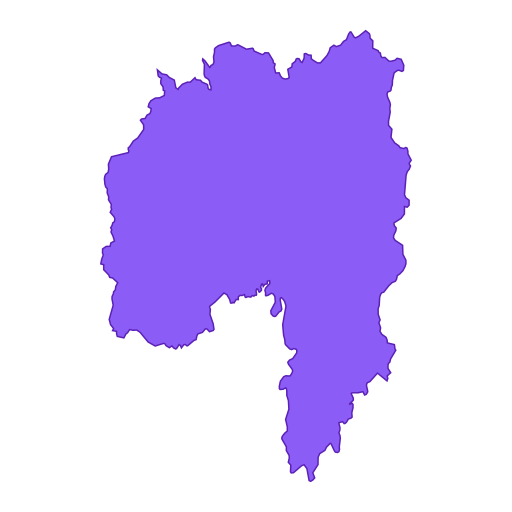 outline of Van Lang, Lạng Sơn, Vietnam
{"feature_id": "81297802B84784766195181", "entity_name": "Van Lang", "entity_type": "district", "adm_level": 2, "iso_a3": "VNM", "parent_name": "Vietnam", "parent_adm1": "Lạng Sơn", "projection": "equal_earth", "projection_center": [106.578, 22.032], "detail": "fine", "context": "isolated", "style": "filled", "palette": "violet", "viewbox_px": 512, "rotation_deg": 0, "n_neighbors": 0, "source": "geoboundaries", "source_scale": "gbopen_adm2", "svg_char_len": 5991}
<svg xmlns="http://www.w3.org/2000/svg" viewBox="0 0 512 512"><path d="M164.8,343.7L166.1,345.7L169.4,347.7L171.9,345.9L173.6,347.9L175.7,349.0L176.6,348.5L179.1,344.6L180.4,345.5L181.4,347.9L183.8,344.7L185.3,344.5L186.8,345.8L187.6,345.8L193.9,340.5L196.1,339.6L196.9,335.8L197.9,333.9L202.4,332.4L205.4,328.9L206.9,328.9L209.5,331.7L213.2,330.5L214.0,329.3L213.2,323.9L209.9,314.2L210.4,309.4L209.5,306.9L209.9,306.1L214.9,302.1L224.0,293.0L227.0,294.8L229.6,299.4L230.6,303.0L232.0,303.1L232.8,302.4L234.0,302.9L236.2,299.5L238.3,299.6L238.3,296.8L240.0,295.4L242.1,295.5L244.4,294.6L245.2,297.1L245.8,297.5L247.9,296.6L250.8,297.1L252.2,295.6L253.9,296.1L255.0,295.2L256.3,295.2L256.6,294.1L256.0,290.7L256.8,288.9L257.7,289.0L259.0,292.0L259.6,292.1L261.4,290.4L261.5,288.8L260.6,287.2L261.6,284.2L262.6,284.0L263.2,286.5L264.6,284.5L267.2,283.8L267.4,281.1L269.6,280.7L269.9,283.3L265.5,288.3L264.9,290.5L265.6,292.7L265.5,295.3L265.9,295.8L268.0,295.3L271.2,293.3L273.3,294.0L274.9,296.6L275.3,302.2L270.8,310.8L271.1,313.8L273.2,316.1L274.7,316.5L275.7,316.2L279.2,311.9L281.0,311.0L281.8,309.1L280.2,299.9L280.3,298.2L281.4,297.6L283.3,299.5L284.7,301.6L286.0,306.0L282.7,324.7L283.6,335.2L284.8,339.7L285.1,343.5L285.5,344.6L289.7,348.9L291.5,349.6L294.0,348.6L296.3,349.4L296.9,350.5L296.6,353.0L292.7,358.6L289.5,360.1L287.8,362.2L288.4,364.1L292.4,369.6L292.6,371.1L292.2,372.6L290.4,375.6L289.5,376.0L285.7,375.8L283.6,376.8L280.4,381.2L279.3,386.3L279.4,388.7L280.1,389.5L283.2,389.2L285.6,387.9L286.3,388.4L286.8,390.7L286.8,395.4L288.4,400.6L288.9,409.1L285.6,419.5L287.3,426.8L287.3,431.0L284.8,433.1L282.5,436.0L281.8,437.7L281.9,439.0L286.4,446.9L286.3,450.5L289.1,455.4L289.3,457.9L288.3,462.3L290.8,465.1L290.5,471.8L291.2,472.9L293.5,472.7L301.5,465.8L304.0,464.7L306.9,468.6L309.1,480.6L310.7,481.3L312.8,480.0L314.7,477.9L312.8,472.8L318.0,464.6L318.1,457.3L319.7,453.6L324.9,450.4L326.5,447.1L330.2,443.3L331.2,444.0L334.4,450.9L335.4,452.1L337.4,452.5L338.9,451.7L339.5,449.3L339.3,446.8L340.3,438.2L340.0,435.6L338.9,432.8L339.8,430.4L340.0,427.8L338.8,422.8L342.5,421.6L344.2,423.6L345.1,423.4L346.4,422.3L348.4,419.0L350.9,418.2L352.1,417.1L351.8,412.7L353.0,407.7L353.0,404.4L352.2,403.4L349.1,404.4L353.3,400.2L353.3,398.1L351.2,393.6L352.1,392.8L358.0,392.8L362.9,391.7L364.6,395.0L366.2,394.4L367.6,392.2L367.7,391.2L366.5,385.6L366.7,383.9L367.4,382.7L369.9,381.6L377.5,373.1L387.0,380.9L387.8,378.4L387.2,375.9L390.7,372.7L388.0,368.4L388.0,365.0L388.5,363.4L389.9,362.0L390.6,358.9L395.8,350.2L395.0,349.0L394.4,344.6L387.4,342.9L387.1,340.0L386.0,337.3L381.8,334.3L380.0,331.3L380.6,327.9L378.9,322.7L380.1,319.9L378.2,314.3L378.1,308.8L379.2,305.4L379.7,297.0L380.9,293.8L381.9,292.7L383.8,292.1L388.9,285.6L392.1,282.6L395.4,281.2L396.5,279.3L397.3,275.6L399.7,274.0L402.9,270.7L405.0,266.7L405.9,263.8L405.9,260.2L402.9,254.3L402.6,245.3L395.2,240.4L393.5,237.8L393.8,235.1L395.8,231.0L396.2,228.5L396.0,227.6L394.5,226.0L393.9,223.6L394.1,222.8L401.1,218.4L404.4,214.0L404.5,206.5L407.2,207.2L409.1,205.2L409.1,200.2L405.9,197.8L404.5,194.8L406.1,175.2L407.3,171.6L409.2,169.2L410.5,166.0L409.2,163.9L409.3,163.1L411.2,160.2L407.9,153.7L407.9,151.1L407.0,148.1L405.8,147.5L403.8,148.5L400.1,147.7L398.8,145.8L394.7,142.9L391.0,137.4L391.9,129.2L388.6,125.4L388.5,121.4L390.2,112.2L389.8,108.2L390.4,104.9L389.9,102.4L387.6,97.2L387.0,93.9L387.8,91.9L390.2,91.1L391.0,90.1L391.3,87.5L392.3,85.0L392.5,80.3L394.0,73.3L394.7,72.4L397.4,70.5L398.8,70.2L401.9,71.4L403.4,70.5L403.8,65.3L401.2,59.3L397.1,58.3L395.1,60.2L390.8,61.3L388.8,61.0L384.9,57.4L382.3,57.6L381.5,57.0L380.9,56.1L380.3,53.0L378.8,52.2L378.2,50.7L372.7,48.2L372.8,40.8L370.1,38.2L369.9,35.2L369.3,33.6L365.7,30.7L358.8,36.2L355.4,37.9L354.0,36.9L351.0,32.0L350.2,31.9L348.7,33.9L346.4,39.7L343.5,41.4L340.6,45.2L336.3,46.6L333.9,45.2L330.2,47.8L329.2,51.4L327.0,55.5L320.4,62.9L317.4,62.9L312.6,59.9L311.3,58.7L311.1,55.2L308.4,55.0L305.9,53.5L304.3,53.8L304.1,58.2L302.1,62.5L301.0,61.9L299.0,58.7L297.1,58.5L296.2,59.0L295.3,61.4L292.2,63.8L291.9,66.9L287.8,69.3L289.2,77.6L288.0,78.5L285.5,79.1L282.4,78.2L280.5,75.9L279.2,72.8L275.7,73.0L274.3,67.6L275.1,64.0L273.3,62.7L273.1,60.5L268.5,52.9L265.0,52.7L263.2,54.4L261.7,54.4L254.2,51.1L253.1,48.6L252.4,48.2L246.5,49.2L237.8,44.7L235.0,46.1L231.5,45.9L230.2,42.9L229.0,42.2L218.5,45.6L215.3,47.9L214.5,49.1L214.5,52.3L213.5,56.7L214.0,62.1L212.9,64.5L211.0,65.4L210.1,67.2L209.7,67.4L205.0,60.9L202.8,58.9L202.5,60.4L204.4,64.2L204.1,74.0L204.5,75.7L205.3,77.4L207.8,78.8L209.4,80.7L209.9,84.2L211.0,86.6L211.0,89.8L209.3,89.6L208.2,88.5L207.5,84.7L206.7,84.1L202.0,82.1L200.6,80.3L196.1,79.7L195.0,77.7L190.2,82.2L187.5,82.1L182.4,84.2L178.7,88.0L178.0,89.4L175.8,87.7L174.3,80.1L169.2,77.4L166.7,74.8L162.0,73.9L157.4,69.9L158.2,75.9L159.4,77.2L161.5,78.1L160.8,80.6L160.8,83.7L163.0,86.8L163.3,90.3L164.7,91.0L164.3,95.5L159.7,97.8L155.3,98.1L150.9,100.7L149.0,103.7L148.2,106.8L151.2,108.6L150.8,111.4L149.9,113.6L147.0,115.1L145.1,118.5L141.5,119.0L140.4,120.2L143.6,124.8L143.7,129.4L137.7,138.0L133.3,141.1L129.6,146.8L128.3,147.7L128.2,149.3L128.8,151.1L128.4,152.6L111.5,156.7L108.4,164.2L108.7,169.0L108.1,172.4L105.6,174.4L104.8,176.3L104.4,178.8L104.9,184.1L105.7,187.0L107.3,188.7L107.2,193.0L108.7,196.8L108.5,199.8L111.3,204.4L111.0,207.5L111.6,209.3L110.2,212.3L114.0,216.7L114.9,218.8L114.4,221.7L112.8,222.8L112.0,225.6L110.7,227.8L111.7,229.6L111.0,232.0L112.9,235.9L114.5,241.0L110.8,243.0L110.1,246.3L106.2,246.4L102.6,248.9L102.5,253.0L103.3,255.0L101.7,259.2L100.8,263.9L103.7,264.7L103.7,269.7L108.8,275.0L109.7,277.4L112.6,278.0L117.7,282.7L115.8,286.4L115.3,289.9L113.6,291.8L113.3,294.0L112.1,296.4L112.0,298.9L113.2,305.2L109.2,319.4L110.6,324.7L113.6,328.5L112.6,330.6L116.5,331.3L116.6,334.0L117.3,336.4L123.9,337.9L125.9,334.0L127.6,332.7L129.6,329.6L133.3,330.3L136.6,330.0L140.0,332.2L148.1,342.0L155.2,346.0L163.6,343.4L164.8,343.7Z" fill="#8b5cf6" stroke="#5b21b6" stroke-width="1.5"/></svg>